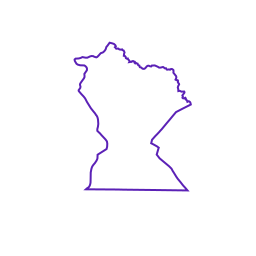 Pio IX, Piauí, Brazil (Natural Earth projection), rotated 225°
{"feature_id": "56859067B46069021860817", "entity_name": "Pio IX", "entity_type": "district", "adm_level": 2, "iso_a3": "BRA", "parent_name": "Brazil", "parent_adm1": "Piauí", "projection": "natural_earth1", "projection_center": [-40.649, -6.764], "detail": "fine", "context": "isolated", "style": "outline", "palette": "violet", "viewbox_px": 256, "rotation_deg": 225, "n_neighbors": 0, "source": "geoboundaries", "source_scale": "gbopen_adm2", "svg_char_len": 3022}
<svg xmlns="http://www.w3.org/2000/svg" viewBox="0 0 256 256"><g transform="rotate(225 128 128)"><path d="M100.2,189.0L101.4,189.8L102.4,190.2L103.4,190.1L104.0,189.9L104.5,188.5L105.9,189.2L107.4,189.0L108.0,189.8L108.9,189.9L109.3,188.6L110.1,187.9L110.9,187.9L111.5,189.1L112.6,189.5L113.0,192.6L113.4,193.3L114.1,193.5L115.9,191.5L117.1,191.1L117.9,190.7L118.5,189.7L120.1,191.1L121.5,191.9L122.3,193.5L122.7,195.0L123.4,195.4L124.3,195.4L125.2,195.7L125.9,196.7L126.7,196.9L127.5,196.1L128.6,195.8L129.0,196.9L129.7,198.1L130.7,198.7L135.0,199.2L136.1,200.5L137.0,201.1L138.4,200.9L139.3,200.2L139.5,198.9L140.4,198.5L141.4,197.1L142.0,196.7L143.4,197.1L144.2,196.2L145.6,196.1L146.4,195.9L147.7,193.7L148.7,192.7L150.1,192.4L152.8,191.4L153.5,191.0L154.3,190.1L155.3,189.0L155.1,188.0L155.9,187.3L157.4,186.7L158.1,185.8L158.3,184.7L158.1,183.1L158.2,181.7L158.6,181.0L159.7,180.2L161.5,180.1L162.6,179.4L163.3,179.6L164.1,180.2L165.1,179.7L165.8,179.8L166.7,180.3L167.3,179.9L168.2,179.7L168.5,178.8L169.6,178.8L170.1,179.6L170.8,179.2L171.5,179.1L172.3,178.3L172.2,177.3L172.9,176.6L173.7,175.5L174.0,176.4L175.1,176.6L176.5,176.6L177.3,177.0L177.8,176.2L178.9,175.9L179.9,176.6L181.1,176.7L182.0,176.1L183.4,177.9L183.9,179.0L184.9,179.4L185.9,179.7L186.9,179.2L187.8,179.4L188.3,178.5L189.6,177.5L190.5,177.3L191.2,177.2L192.0,176.1L192.6,175.7L193.5,175.9L194.4,175.9L194.4,177.2L195.6,177.6L197.4,177.5L199.2,176.6L201.3,175.3L200.7,171.6L200.6,170.0L199.9,168.7L199.4,167.7L199.1,166.0L199.1,164.2L199.3,163.4L200.2,161.6L200.0,158.7L200.0,156.5L200.4,155.5L202.3,154.5L203.4,154.2L204.6,153.2L205.4,151.9L206.2,149.7L206.6,148.8L207.9,147.6L210.4,145.9L211.0,144.1L211.5,143.2L212.2,142.1L214.1,140.0L214.2,138.7L213.2,137.9L211.5,137.4L209.8,137.0L208.3,137.3L206.2,138.5L203.2,141.3L202.2,141.6L200.6,141.6L199.5,141.3L198.7,140.7L197.9,139.7L197.1,135.4L195.6,134.1L194.8,133.3L194.3,132.0L193.6,127.6L193.3,126.1L193.0,125.2L192.5,124.6L190.8,123.6L190.1,122.6L189.6,119.8L188.9,119.3L185.1,119.0L181.6,118.9L179.2,118.6L175.4,117.4L171.5,116.5L169.0,115.9L168.0,115.7L164.5,115.3L161.4,115.0L160.0,114.6L159.1,114.6L157.2,114.0L155.7,113.1L155.0,112.6L151.9,109.9L150.2,107.7L148.9,105.5L147.7,104.3L145.6,104.3L144.2,104.4L141.8,104.2L135.7,104.0L133.4,103.6L131.6,102.3L129.6,100.1L128.3,98.0L130.4,88.6L130.6,87.6L128.2,85.0L127.8,84.3L127.2,82.7L126.6,79.8L126.5,78.3L126.3,76.5L125.8,74.8L124.9,73.1L122.9,70.2L117.3,64.4L115.9,62.9L115.2,61.9L114.7,61.0L114.3,60.2L113.9,58.6L114.0,57.8L114.3,56.5L114.4,54.9L91.7,77.3L87.6,81.2L65.5,102.8L41.8,125.9L45.3,126.2L47.9,126.3L49.1,126.4L52.2,126.8L57.4,127.3L58.1,127.5L59.5,127.7L60.2,127.9L64.4,128.9L65.9,129.2L68.5,130.0L71.9,130.0L79.6,129.3L83.1,129.0L84.2,128.9L88.9,129.5L92.0,135.1L92.3,135.8L93.8,135.6L94.5,135.5L98.4,134.4L100.8,133.6L102.7,136.7L103.0,141.7L103.0,144.0L103.1,147.5L103.2,148.4L103.3,151.1L104.0,158.4L104.4,163.3L104.9,168.6L105.3,173.2L102.8,181.1L100.2,189.0Z" fill="none" stroke="#5b21b6" stroke-width="2"/></g></svg>